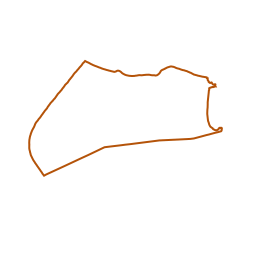 the district of Qishn, Al Mahrah, Yemen, rotated 299°
{"feature_id": "15242507B46563890594581", "entity_name": "Qishn", "entity_type": "district", "adm_level": 2, "iso_a3": "YEM", "parent_name": "Yemen", "parent_adm1": "Al Mahrah", "projection": "equal_earth", "projection_center": [51.542, 15.673], "detail": "fine", "context": "isolated", "style": "outline", "palette": "amber", "viewbox_px": 256, "rotation_deg": 299, "n_neighbors": 0, "source": "geoboundaries", "source_scale": "gbopen_adm2", "svg_char_len": 5673}
<svg xmlns="http://www.w3.org/2000/svg" viewBox="0 0 256 256"><g transform="rotate(299 128 128)"><path d="M45.6,77.7L47.7,79.0L64.2,91.1L79.5,102.2L85.2,106.4L98.4,115.8L99.8,116.8L103.0,121.2L109.7,130.5L112.0,133.6L114.9,137.7L128.4,156.1L132.3,161.4L142.5,177.9L148.6,187.7L150.8,190.7L156.0,196.1L159.7,199.9L159.8,200.0L161.6,202.0L162.9,203.3L166.4,206.9L168.1,208.8L170.3,211.0L170.8,211.1L171.4,211.0L172.1,210.7L172.8,210.5L173.3,210.1L173.5,209.8L173.3,209.1L172.5,208.6L172.5,208.0L171.9,207.7L171.2,207.6L170.6,207.7L169.6,207.1L169.1,206.7L168.6,205.8L168.4,205.1L168.3,204.5L168.4,203.7L168.3,203.2L168.4,202.7L168.8,202.2L168.9,200.9L169.1,199.4L169.4,198.9L169.8,198.2L170.4,197.4L171.8,196.0L173.0,194.6L174.2,193.7L176.6,192.0L178.7,190.5L180.8,189.4L182.6,188.5L184.5,187.7L187.2,186.3L189.2,185.2L192.0,184.0L198.4,181.3L199.9,180.6L200.5,180.6L201.3,180.2L202.1,180.0L202.2,179.8L202.4,179.9L202.5,180.0L203.1,180.3L203.4,180.7L203.8,181.0L204.2,181.5L204.4,181.6L204.7,181.8L205.0,182.3L205.0,182.6L205.3,182.9L205.8,183.4L206.1,183.4L206.4,183.6L206.6,184.0L206.8,184.4L207.2,183.8L207.3,183.6L208.0,183.5L208.4,183.4L208.5,183.3L208.5,182.9L208.2,182.6L207.8,182.4L207.6,182.1L207.4,181.8L207.3,181.0L207.9,179.8L208.0,179.6L208.3,179.2L208.2,178.7L207.7,178.5L207.4,178.2L207.2,178.0L207.2,177.2L207.4,176.4L207.6,176.4L207.9,175.9L208.0,175.7L208.2,175.3L208.4,174.7L208.7,174.5L208.8,174.3L209.1,174.2L209.3,174.0L209.5,173.8L210.1,173.6L210.0,173.2L209.9,172.7L210.4,172.3L210.3,171.9L210.1,171.2L209.8,170.5L209.5,169.7L209.3,169.0L209.0,168.4L208.8,167.6L208.6,166.9L208.4,166.2L208.2,165.5L208.0,164.7L207.7,164.0L207.6,163.3L207.3,162.0L207.1,161.3L206.9,160.4L206.7,159.8L206.7,159.0L206.7,158.2L206.7,157.5L206.7,156.7L206.7,156.0L206.5,155.3L206.5,154.6L206.4,153.8L206.3,153.0L206.3,152.9L206.3,152.3L206.2,151.6L206.0,150.9L205.8,150.0L205.7,149.3L205.5,148.6L205.2,147.8L204.8,145.8L204.7,145.0L204.6,144.1L204.4,143.4L204.2,142.7L204.0,141.9L203.9,141.2L203.8,140.5L203.8,139.7L203.7,139.0L203.6,138.2L203.3,137.5L203.1,136.8L202.9,136.2L202.6,135.6L202.1,135.1L201.7,134.6L201.2,134.2L200.8,133.8L200.2,133.2L199.7,132.8L199.2,132.5L198.7,132.2L198.2,131.7L197.5,131.5L197.1,131.1L196.6,130.7L196.1,130.4L195.6,129.9L195.0,129.6L194.5,129.3L193.7,129.1L193.1,129.1L192.6,129.1L192.0,129.1L191.4,129.0L190.7,128.9L190.2,128.7L189.7,128.5L189.1,128.3L188.6,128.0L188.1,127.7L187.7,127.2L187.2,126.6L187.0,125.9L186.8,125.2L186.4,124.6L186.0,123.9L185.7,123.2L185.4,122.5L185.2,121.7L185.0,121.1L184.7,120.3L184.3,119.8L184.0,119.2L183.6,118.5L183.2,117.9L182.9,117.4L182.7,117.2L182.4,116.7L182.0,116.1L181.5,115.5L181.1,114.9L180.7,114.3L180.4,113.7L180.0,112.9L179.7,112.2L179.3,111.7L178.8,111.1L178.4,110.6L177.9,110.0L177.6,109.5L177.1,108.9L176.7,108.4L176.3,107.7L175.9,107.2L175.5,106.5L175.2,105.9L174.9,105.2L174.6,104.5L174.3,103.9L174.0,103.0L173.8,102.3L173.5,101.4L173.3,100.6L173.2,99.9L173.1,99.1L173.1,98.3L173.1,97.6L173.1,96.8L173.2,96.1L173.4,95.4L173.6,94.6L173.7,93.9L173.7,93.1L173.6,92.2L173.3,91.4L172.9,90.9L172.4,90.5L171.8,90.2L171.3,89.7L170.8,89.3L170.4,88.7L170.2,87.9L170.0,87.2L169.8,86.5L169.6,85.8L169.4,85.1L169.3,84.5L169.0,83.7L168.9,83.0L168.7,82.3L168.5,81.5L168.3,80.7L168.2,80.1L168.0,79.2L167.8,78.4L167.6,77.6L167.5,76.7L167.3,76.0L167.3,75.1L167.2,74.4L167.0,73.6L166.9,72.8L166.8,72.0L166.7,71.1L166.6,70.3L166.4,69.4L166.3,68.4L166.2,67.6L166.1,66.7L166.1,65.9L166.0,65.0L166.0,64.2L166.0,63.3L166.0,62.6L166.0,61.8L165.9,60.7L165.8,60.0L165.8,59.2L165.8,58.4L165.8,58.0L165.0,57.8L164.2,57.7L163.7,57.5L163.1,57.3L162.5,57.1L161.8,57.1L161.3,57.1L160.6,57.0L159.9,56.9L159.1,56.7L158.2,56.5L157.6,56.3L156.9,56.2L156.2,56.1L155.6,56.0L154.8,55.8L154.0,55.6L153.4,55.5L152.6,55.4L152.1,55.3L151.4,55.0L150.9,54.9L150.2,54.7L149.6,54.6L149.0,54.5L148.4,54.4L147.8,54.4L147.2,54.3L146.5,54.3L145.6,54.1L144.9,54.0L144.2,53.9L143.5,53.7L142.4,53.6L141.8,53.4L141.2,53.3L140.6,53.3L139.9,53.3L139.3,53.2L138.6,53.2L138.0,53.0L137.4,52.8L136.9,52.6L136.3,52.5L135.6,52.2L135.0,52.1L134.2,52.1L132.9,51.9L132.2,51.9L131.7,51.7L130.9,51.6L130.1,51.5L129.2,51.4L128.6,51.4L127.9,51.1L127.2,51.0L126.6,50.9L126.0,50.8L125.4,50.6L124.8,50.4L124.2,50.3L123.5,50.1L122.9,50.1L122.1,50.0L121.8,50.0L121.3,49.9L120.6,49.9L119.9,49.8L119.3,49.7L118.7,49.7L118.1,49.6L117.6,49.4L117.3,49.3L116.3,49.1L115.7,49.1L115.1,48.9L114.5,48.7L113.9,48.6L113.1,48.4L112.4,48.2L111.9,48.1L111.2,48.1L110.6,48.0L109.9,47.9L109.4,47.8L108.7,47.8L108.0,47.6L107.3,47.6L106.6,47.6L106.0,47.6L105.3,47.5L104.6,47.3L103.9,47.2L103.1,47.0L102.3,46.9L101.7,46.8L100.9,46.8L100.2,46.6L99.4,46.6L98.8,46.5L98.1,46.4L97.4,46.3L97.1,46.3L96.8,46.2L95.9,46.2L95.2,46.1L94.5,46.0L93.8,45.9L93.2,45.7L92.6,45.6L92.0,45.5L91.4,45.5L90.7,45.4L90.1,45.3L89.4,45.1L88.7,45.0L87.9,44.9L87.2,44.9L86.5,44.9L85.7,45.0L85.2,45.1L84.7,45.2L84.1,45.2L83.4,45.3L81.9,45.3L81.0,45.3L79.7,45.3L79.2,45.4L78.5,45.4L78.0,45.5L77.3,45.6L76.8,45.7L76.1,45.7L75.3,46.0L74.7,46.1L74.0,46.2L73.5,46.3L72.9,46.5L72.3,46.6L71.6,46.9L71.0,47.1L70.3,47.3L69.4,47.7L68.7,48.0L68.0,48.4L67.3,48.7L66.6,49.1L66.0,49.6L65.3,49.8L64.8,50.2L64.2,50.5L63.6,50.8L63.1,51.1L62.5,51.4L61.9,51.9L61.3,52.3L60.7,52.9L60.2,53.4L59.6,53.9L59.1,54.3L58.7,54.8L58.1,55.3L57.9,55.5L57.4,55.9L56.5,57.1L56.1,57.7L55.7,58.3L55.3,58.8L54.9,59.4L54.5,60.0L54.1,60.6L53.7,61.3L53.4,61.9L53.1,62.5L52.8,63.1L52.4,63.7L52.1,64.4L51.7,65.2L51.4,65.8L51.1,66.5L50.7,67.1L50.4,67.9L50.0,68.6L49.7,69.3L49.3,70.1L49.0,70.7L48.7,71.4L48.3,72.1L47.9,72.9L47.6,73.6L47.2,74.4L46.8,75.0L46.5,75.6L46.3,76.2L45.9,77.0L45.6,77.7Z" fill="none" stroke="#b45309" stroke-width="2"/></g></svg>